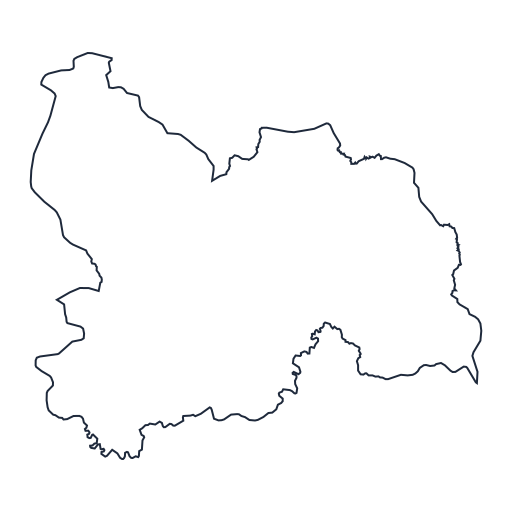 Mae Lao, Chiang Rai, Thailand
{"feature_id": "78962969B15222639850860", "entity_name": "Mae Lao", "entity_type": "district", "adm_level": 2, "iso_a3": "THA", "parent_name": "Thailand", "parent_adm1": "Chiang Rai", "projection": "albers", "projection_center": [99.739, 19.779], "detail": "fine", "context": "isolated", "style": "outline", "palette": "slate", "viewbox_px": 512, "rotation_deg": 0, "n_neighbors": 0, "source": "geoboundaries", "source_scale": "gbopen_adm2", "svg_char_len": 5980}
<svg xmlns="http://www.w3.org/2000/svg" viewBox="0 0 512 512"><path d="M476.9,383.1L477.5,371.8L472.4,355.9L473.5,352.2L480.4,340.7L481.3,330.8L480.4,323.5L478.1,319.3L475.1,316.8L469.5,314.1L467.7,309.1L459.6,304.4L457.4,302.1L457.3,299.0L451.9,295.5L451.2,294.4L452.4,292.8L452.5,291.1L453.8,290.3L455.9,290.4L454.3,288.4L455.1,284.8L453.8,280.3L454.4,278.8L452.3,275.0L453.2,274.1L454.0,270.5L457.7,267.8L458.9,264.8L460.5,264.9L461.0,264.3L460.1,262.1L459.4,255.6L459.8,254.8L459.2,253.4L459.7,252.6L458.9,251.0L457.5,250.4L458.6,249.3L457.6,248.3L458.3,247.8L457.8,247.0L458.4,246.2L457.6,245.3L458.5,244.8L457.5,244.3L457.7,243.1L456.6,242.3L457.0,239.2L456.2,238.8L457.1,237.6L456.7,234.5L455.4,232.2L454.2,228.1L452.4,228.0L451.3,226.6L449.6,226.3L449.2,224.2L447.7,225.0L444.0,224.7L443.2,226.2L441.0,225.0L440.1,225.3L436.3,220.9L432.2,214.2L421.1,201.6L419.2,196.9L418.4,187.8L414.0,182.8L414.5,172.9L413.6,169.2L412.4,167.6L404.6,163.0L394.7,159.2L390.2,158.7L386.0,157.3L384.2,157.7L382.1,159.1L381.0,159.1L380.8,156.0L379.8,155.7L378.8,154.2L376.4,155.6L374.6,157.8L372.6,156.7L371.4,157.2L369.8,156.6L370.0,157.9L368.5,158.6L366.9,157.6L366.2,158.6L366.1,157.5L365.3,157.9L364.6,156.9L364.0,158.8L358.7,161.2L356.7,163.6L355.7,163.6L355.2,162.6L354.1,163.9L351.3,163.9L351.3,162.3L350.3,160.9L351.0,159.4L350.7,158.0L345.5,156.6L345.0,155.1L343.6,154.6L343.9,153.7L341.1,153.7L340.9,152.2L339.8,152.2L339.2,150.4L338.2,150.7L337.5,149.9L337.7,148.3L338.9,147.5L340.2,145.5L340.0,143.5L333.7,133.1L330.2,125.2L328.2,123.6L326.4,123.4L314.3,128.8L294.1,132.2L287.8,131.7L266.6,127.7L261.7,127.8L261.5,128.5L260.0,129.1L259.5,132.3L261.0,137.1L259.6,139.9L259.7,141.8L258.3,144.1L258.1,147.1L256.6,147.3L257.0,148.7L256.5,149.3L257.4,152.2L253.7,156.8L248.8,159.9L248.1,159.3L242.2,158.9L238.3,156.2L234.6,155.3L232.2,157.8L229.9,158.3L229.3,163.7L230.0,166.0L229.2,167.1L229.1,168.8L226.5,172.2L226.3,174.2L220.2,175.9L212.1,180.8L213.6,169.7L213.6,166.0L208.3,159.1L206.3,154.5L204.7,152.8L196.3,147.5L188.7,140.8L180.7,134.8L178.0,134.0L167.4,133.2L162.5,124.6L158.8,122.1L148.5,116.9L141.8,109.9L140.2,106.1L139.1,97.2L138.0,95.6L127.0,93.0L123.6,88.8L121.0,87.3L118.3,87.1L112.8,88.1L109.2,87.5L108.3,81.9L106.2,75.1L110.5,71.2L108.8,62.8L109.2,61.7L111.6,60.1L111.7,58.2L92.1,53.2L87.7,53.0L77.3,57.1L74.3,58.9L73.5,60.8L73.8,66.8L73.3,68.4L72.6,68.8L69.5,70.0L61.2,70.4L48.6,73.6L45.5,75.2L43.4,77.8L41.4,82.0L41.3,84.6L50.9,90.3L54.6,93.5L55.7,96.1L50.4,115.7L48.0,122.3L42.5,133.6L34.0,153.9L31.3,170.3L30.7,182.0L31.2,186.4L31.7,188.2L34.8,192.3L44.4,201.8L54.8,210.1L56.8,212.4L60.4,219.6L63.0,235.1L64.1,237.3L70.1,242.8L73.0,244.6L86.1,250.4L87.4,253.6L91.8,259.1L91.3,261.5L92.1,263.5L94.6,263.8L95.6,264.6L96.0,266.1L96.8,266.8L96.6,270.4L99.2,273.8L99.6,275.7L101.4,277.6L101.8,279.5L101.6,281.9L100.3,282.7L98.7,291.0L88.8,288.1L79.9,288.0L69.9,292.3L56.9,299.8L64.1,304.4L65.1,314.2L66.2,317.5L66.6,321.8L67.4,323.1L80.5,326.6L83.1,328.6L84.1,333.6L83.7,338.3L81.4,339.8L72.3,341.6L59.0,353.5L57.8,354.1L40.0,356.5L36.8,357.7L35.7,360.3L35.6,365.4L36.2,366.9L41.6,371.1L49.7,375.9L51.1,377.5L53.0,382.3L52.9,385.5L47.6,391.0L46.8,392.9L46.6,400.3L47.6,407.2L48.7,410.4L53.2,414.7L55.4,415.2L58.9,417.6L62.2,417.9L63.5,419.5L67.2,419.1L73.5,416.0L79.3,415.9L81.5,416.8L83.0,418.7L83.9,422.6L87.0,425.5L86.4,427.7L84.9,429.0L85.5,430.8L88.3,430.7L89.5,432.4L89.1,433.8L87.3,434.6L87.6,437.2L89.3,438.1L90.7,437.9L92.2,434.8L93.0,434.5L97.3,438.7L96.7,443.2L94.4,443.6L92.5,445.5L90.1,445.7L90.2,446.9L91.2,447.9L94.7,448.5L97.9,444.5L99.8,444.2L100.6,448.9L101.5,449.3L103.6,448.8L104.4,450.1L103.8,451.4L101.5,452.0L101.4,453.9L105.2,456.6L107.0,455.8L112.2,449.8L117.4,453.4L120.1,457.8L122.0,459.0L123.1,459.0L124.1,458.0L124.9,456.3L125.1,452.8L126.9,451.9L128.0,452.3L129.6,456.3L131.2,457.9L132.6,458.0L135.7,456.3L138.2,457.1L138.9,455.9L139.2,451.1L141.9,449.6L142.5,440.4L144.2,437.3L143.7,436.0L141.5,434.8L139.7,429.8L142.2,428.3L145.4,425.2L148.0,425.0L149.8,423.6L155.3,424.5L159.6,421.6L161.9,422.9L162.8,426.0L163.8,427.2L165.3,427.1L169.8,423.8L171.5,424.1L173.2,425.6L174.8,425.7L183.3,420.7L182.9,417.3L183.3,416.0L190.4,415.6L193.1,414.8L195.3,416.2L200.8,413.8L209.7,407.4L210.9,408.0L211.7,409.7L214.0,418.7L218.5,420.4L221.6,420.2L224.1,419.4L231.1,414.6L237.2,414.1L239.0,414.3L241.4,416.0L245.0,417.1L249.4,420.0L255.0,420.5L257.8,419.9L263.4,417.0L268.4,413.0L272.3,412.6L276.3,409.3L277.9,404.7L281.2,403.0L282.7,401.2L282.7,398.6L279.3,395.8L278.8,393.7L279.3,392.7L282.0,391.7L283.2,389.3L289.9,390.1L292.1,391.2L294.4,393.3L295.4,393.5L296.5,392.9L297.2,388.3L295.2,384.1L295.0,380.8L296.5,377.8L296.5,376.0L295.7,375.0L292.8,374.0L292.6,372.9L293.7,371.9L298.5,374.2L300.2,372.8L300.4,371.7L299.0,367.3L292.9,363.3L293.5,358.7L295.6,355.5L300.2,356.0L301.0,355.3L300.9,353.1L304.3,351.4L306.5,351.9L307.7,353.6L309.4,353.5L309.8,347.6L311.3,347.0L314.0,347.9L315.5,344.3L318.1,341.2L318.0,338.6L316.4,337.7L312.7,339.4L311.5,339.0L311.3,337.6L312.2,336.2L311.9,334.0L312.6,333.7L314.7,334.3L315.0,331.5L316.2,330.0L317.5,330.4L318.5,332.2L320.4,331.9L320.6,331.2L319.9,328.7L320.6,328.0L322.4,327.7L323.6,326.1L323.8,323.7L325.1,322.5L329.9,324.0L331.3,326.9L332.8,328.5L334.5,326.7L337.3,329.1L339.0,328.8L340.4,329.8L341.9,334.7L341.8,337.2L342.6,338.6L345.5,340.1L345.5,341.8L348.0,342.1L349.4,343.7L350.9,343.1L353.0,343.5L354.9,345.4L359.3,347.5L359.6,349.1L358.8,350.8L360.6,353.6L360.6,354.2L359.7,355.0L360.2,357.1L358.3,358.2L356.9,361.2L358.1,365.2L358.1,370.6L360.6,374.3L363.4,374.6L365.3,373.3L366.4,373.3L368.6,375.4L372.5,375.4L375.4,376.6L378.5,376.4L380.0,377.4L382.6,377.6L385.5,379.1L388.2,379.1L400.9,374.8L407.7,375.4L412.7,374.8L415.3,373.5L417.8,371.3L419.8,367.9L423.8,365.2L426.1,365.0L430.1,366.0L434.5,365.5L436.1,364.1L441.0,363.0L444.9,365.3L450.4,370.6L452.6,372.0L455.4,371.9L463.7,366.6L466.2,366.9L467.2,367.8L475.8,382.3L476.9,383.1Z" fill="none" stroke="#1e293b" stroke-width="2"/></svg>